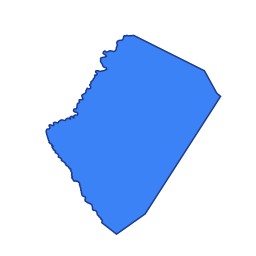 outline of Baganuur, Govĭ-Sümber, Mongolia, rotated 217°
{"feature_id": "93677404B2463849994891", "entity_name": "Baganuur", "entity_type": "district", "adm_level": 2, "iso_a3": "MNG", "parent_name": "Mongolia", "parent_adm1": "Govĭ-Sümber", "projection": "equal_earth", "projection_center": [108.426, 47.827], "detail": "fine", "context": "isolated", "style": "filled", "palette": "blue", "viewbox_px": 256, "rotation_deg": 217, "n_neighbors": 0, "source": "geoboundaries", "source_scale": "gbopen_adm2", "svg_char_len": 5724}
<svg xmlns="http://www.w3.org/2000/svg" viewBox="0 0 256 256"><g transform="rotate(217 128 128)"><path d="M147.4,59.0L146.7,58.8L146.2,58.7L145.8,58.3L145.7,58.0L145.4,57.9L145.2,57.2L144.6,56.8L144.4,56.4L144.3,56.0L144.0,55.8L143.6,55.8L143.2,55.7L142.9,55.3L143.0,55.1L143.1,54.8L142.9,54.6L142.6,54.2L142.2,54.3L141.8,54.2L141.1,53.9L140.8,53.7L140.3,53.4L139.7,53.2L139.4,53.2L139.1,53.2L139.0,53.4L138.8,53.5L138.4,53.6L138.4,54.0L138.1,54.2L137.7,54.3L137.1,54.4L136.9,54.5L136.9,54.8L136.7,54.9L136.3,54.9L136.1,55.0L135.9,55.1L135.5,55.2L135.1,54.9L134.7,55.0L134.4,55.1L134.0,55.1L133.8,55.0L133.5,54.7L133.0,53.9L132.5,53.5L132.4,53.6L132.2,53.6L132.0,53.3L131.6,53.0L131.2,52.5L130.6,52.2L129.4,51.2L128.6,50.6L128.4,50.0L127.7,49.7L127.3,49.5L127.0,49.1L126.6,48.8L126.4,48.4L125.9,48.2L125.6,47.7L125.1,47.5L124.9,47.2L124.7,47.0L124.5,46.8L124.0,46.6L122.9,46.5L122.2,46.6L121.7,46.8L121.5,47.0L121.3,47.1L120.9,47.2L120.5,47.2L120.2,46.9L120.1,46.5L119.3,45.8L119.3,45.3L119.4,45.1L119.3,44.9L118.6,44.3L118.1,43.9L117.6,43.9L116.9,44.1L115.9,44.0L115.0,44.1L114.4,44.5L114.0,44.5L113.4,44.4L113.1,44.5L112.6,45.0L112.1,45.0L111.7,45.0L111.4,44.7L110.5,44.7L109.8,44.3L109.0,43.6L107.7,42.1L107.1,41.6L106.5,41.5L106.0,41.5L105.3,41.9L104.6,42.4L104.0,42.5L103.5,42.5L101.9,41.8L100.8,40.8L100.2,40.3L98.5,40.1L97.6,39.7L96.6,39.8L95.8,39.5L95.2,39.6L94.7,39.3L94.8,39.1L94.7,38.9L93.9,39.0L93.3,38.8L92.9,38.8L92.5,38.3L92.3,37.8L92.4,37.4L92.2,37.1L92.0,36.7L91.7,36.6L73.3,36.3L62.6,69.7L73.1,209.0L78.0,209.2L101.4,219.7L179.2,205.4L181.0,203.6L181.9,203.0L182.7,202.3L183.2,201.7L183.8,201.5L184.4,201.4L184.8,201.2L185.1,200.7L185.1,200.2L185.5,199.9L186.0,199.8L186.5,199.4L186.6,199.1L186.6,198.6L186.0,197.4L185.5,196.4L185.4,195.6L185.5,195.1L185.9,194.3L186.6,193.7L187.0,193.3L187.8,192.6L188.5,191.3L188.6,190.4L188.5,189.8L187.9,188.9L186.7,188.0L186.4,187.7L186.1,187.1L185.9,185.8L185.5,184.9L184.8,183.8L184.6,183.1L184.6,182.6L184.8,181.4L185.1,180.8L186.1,180.2L188.3,179.2L189.4,178.3L189.7,177.3L190.4,176.1L191.1,175.6L192.3,175.7L192.8,175.6L193.1,175.3L193.4,173.9L193.0,172.8L192.0,172.6L189.5,172.7L188.9,172.6L188.5,172.4L188.4,172.2L188.4,171.8L189.0,171.1L189.6,170.3L190.2,169.6L190.7,169.1L191.1,168.8L191.7,167.8L191.8,167.4L191.5,166.7L190.7,165.6L189.9,164.6L188.8,164.1L187.9,163.9L187.1,163.5L185.7,162.6L184.9,162.2L184.2,162.1L183.6,162.2L182.3,162.8L181.8,162.9L181.0,162.6L180.4,162.3L180.3,161.9L180.4,161.6L180.8,161.3L181.3,160.1L182.2,158.8L183.1,157.9L183.8,157.0L184.6,156.3L185.4,156.0L186.2,155.8L187.8,154.6L188.0,154.2L187.9,153.7L187.5,153.2L187.0,153.0L185.9,152.9L185.2,152.7L184.9,151.8L185.0,151.2L185.8,150.8L186.2,150.5L186.4,150.1L186.3,149.8L185.9,149.7L185.5,149.4L185.1,148.2L185.1,147.2L185.2,146.2L184.8,145.7L185.0,144.3L185.1,143.4L185.4,142.6L184.6,141.4L184.3,141.0L184.5,140.2L184.6,139.5L184.2,139.0L183.2,138.7L182.6,138.5L182.3,138.1L182.1,137.9L182.0,137.2L182.2,136.4L182.6,135.9L183.0,135.6L183.6,135.5L184.3,135.4L184.5,135.1L184.5,134.8L184.1,133.4L184.1,132.7L183.9,132.2L183.4,131.6L183.0,130.9L183.1,130.1L184.1,127.8L184.5,126.9L184.6,126.5L184.5,126.3L184.0,125.7L183.5,125.3L182.6,124.8L181.8,124.4L181.4,124.1L181.2,123.7L181.6,123.3L182.5,122.5L182.5,122.3L182.6,122.1L183.8,121.3L183.9,121.1L183.5,120.4L182.4,119.4L182.2,119.0L182.2,118.8L182.5,118.2L182.9,117.7L183.0,117.0L182.9,116.4L182.3,115.6L182.0,114.9L181.5,114.3L181.2,113.8L181.1,113.3L180.9,112.7L181.0,112.1L181.3,111.7L181.9,111.3L182.5,110.6L182.4,110.0L182.0,109.1L181.6,108.8L180.9,108.7L179.6,108.9L179.4,109.1L179.2,109.4L178.9,109.5L177.7,109.5L177.0,109.4L176.6,109.1L176.4,108.6L176.3,108.1L176.6,107.5L177.4,106.9L178.1,106.4L178.5,105.7L178.5,105.2L178.3,104.4L177.4,103.6L177.4,103.4L177.5,103.3L177.8,103.3L178.2,103.4L178.8,103.6L179.4,103.7L179.8,103.6L180.3,103.0L180.7,102.3L180.7,101.6L180.6,101.1L180.1,100.9L179.6,100.8L179.4,100.7L179.5,100.5L179.6,100.4L179.9,100.2L180.5,100.0L181.4,100.0L182.1,99.4L182.5,98.8L182.8,98.2L182.7,97.3L182.7,96.6L182.7,96.2L182.9,96.0L184.8,95.1L186.2,94.3L186.4,94.0L186.4,93.8L186.5,93.3L186.6,93.1L186.9,92.7L187.0,92.0L187.2,91.5L187.2,91.0L186.9,90.3L186.9,90.0L187.0,89.9L187.5,89.6L188.0,89.4L189.1,89.0L190.0,88.4L190.4,87.9L190.5,87.3L190.3,86.8L189.2,85.8L189.1,85.4L189.1,85.0L189.4,84.6L190.2,84.4L191.0,84.2L191.8,83.9L192.4,83.5L192.6,83.1L192.6,82.6L192.2,82.1L191.7,81.9L191.2,81.8L190.8,81.4L190.4,81.0L190.4,80.4L190.5,79.9L191.2,79.1L191.8,78.5L192.0,78.2L191.9,77.4L191.6,76.4L190.9,75.6L190.3,75.0L183.8,70.2L183.5,70.1L183.2,70.0L182.9,69.9L182.6,69.7L182.5,69.4L182.5,69.1L182.3,69.0L182.0,69.0L181.2,69.0L181.1,68.9L181.0,68.7L180.8,68.7L179.8,69.0L179.4,69.1L178.8,69.0L178.6,68.7L178.5,68.3L178.4,68.2L178.2,68.2L177.9,68.0L177.7,67.9L177.7,68.0L177.4,68.4L176.9,68.4L176.9,68.1L177.2,67.6L177.3,67.4L177.2,67.1L176.6,66.8L175.5,66.5L175.0,66.3L174.8,66.0L174.6,65.8L174.4,65.7L174.2,65.7L174.0,65.8L173.7,65.9L173.3,66.1L173.0,66.1L172.8,65.9L172.7,65.7L172.3,65.7L171.9,65.7L171.7,65.5L171.5,64.9L171.3,64.7L170.9,64.6L170.6,64.7L169.9,64.8L169.2,64.9L168.5,64.9L168.1,64.8L167.8,64.7L167.3,64.6L167.0,64.4L166.7,64.2L166.6,63.6L166.4,63.2L166.1,62.9L165.7,62.9L165.1,63.1L164.3,63.3L163.8,63.4L162.9,63.5L162.5,63.3L162.2,63.0L162.2,62.6L162.1,62.3L161.5,62.1L161.0,62.1L160.7,62.2L160.2,62.4L159.5,62.2L158.8,62.3L158.2,62.3L157.7,62.3L157.2,62.3L157.0,62.1L156.8,61.9L156.5,61.9L156.2,61.9L156.1,61.5L155.8,61.3L155.3,61.1L153.5,61.1L153.0,61.3L152.6,61.4L152.1,61.1L151.8,60.8L151.5,60.6L150.6,60.8L150.3,60.7L149.9,60.8L149.4,60.8L149.0,60.7L148.9,60.4L149.0,60.0L148.7,60.0L148.3,60.0L147.8,59.6L147.4,59.0Z" fill="#3b82f6" stroke="#1e3a8a" stroke-width="1.5"/></g></svg>